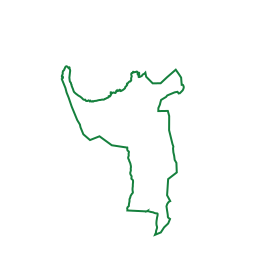 La Toc, Castries, Saint Lucia (Equal Earth projection), rotated 33°
{"feature_id": "8701671B20822148324962", "entity_name": "La Toc", "entity_type": "district", "adm_level": 2, "iso_a3": "LCA", "parent_name": "Saint Lucia", "parent_adm1": "Castries", "projection": "equal_earth", "projection_center": [-61.007, 14.009], "detail": "fine", "context": "isolated", "style": "outline", "palette": "green", "viewbox_px": 256, "rotation_deg": 33, "n_neighbors": 0, "source": "geoboundaries", "source_scale": "gbopen_adm2", "svg_char_len": 5663}
<svg xmlns="http://www.w3.org/2000/svg" viewBox="0 0 256 256"><g transform="rotate(33 128 128)"><path d="M174.0,117.2L163.7,107.5L156.0,95.5L152.1,92.0L144.2,97.3L142.6,94.7L142.0,91.0L141.2,88.8L140.5,86.4L143.0,81.2L143.2,79.3L147.7,72.7L149.8,70.7L150.9,71.1L152.1,71.3L152.5,71.4L152.3,71.4L152.8,69.4L153.2,67.4L153.3,66.9L153.3,66.3L153.3,65.9L153.1,65.0L152.9,64.2L152.6,63.5L152.4,63.2L151.8,62.7L151.4,62.4L150.8,62.0L150.0,62.0L149.8,62.2L149.5,62.5L149.1,62.0L145.1,56.8L141.5,55.2L136.3,53.1L133.1,64.2L131.0,72.7L124.4,77.1L115.3,75.1L112.4,72.1L112.2,73.3L112.1,73.8L111.7,74.3L111.4,74.8L111.2,75.7L111.3,76.4L111.0,77.2L110.5,78.0L110.4,78.2L110.0,78.9L109.6,79.2L109.3,79.4L109.0,79.3L108.9,79.0L108.8,78.6L108.8,78.1L108.7,77.8L108.1,76.9L107.6,76.1L107.3,75.7L107.1,75.7L107.0,75.9L106.9,76.0L106.9,76.3L107.0,76.6L107.4,77.0L107.5,77.3L107.5,77.7L107.3,77.9L107.1,77.9L106.8,77.6L106.3,76.9L105.8,76.4L105.5,76.0L105.0,75.8L104.5,76.0L104.4,76.1L104.0,76.7L103.7,77.0L103.3,77.4L102.9,77.8L102.5,77.8L102.0,77.9L101.7,78.1L101.8,78.3L102.0,78.7L101.9,79.3L101.5,79.6L101.2,79.9L101.2,80.1L101.2,80.6L101.6,81.4L102.2,82.0L102.4,82.1L102.9,82.5L103.1,83.0L103.2,83.6L103.5,84.4L103.8,85.1L104.6,86.0L104.7,86.3L104.7,87.1L104.6,87.7L104.0,88.0L103.7,88.9L103.6,89.4L103.5,90.3L103.3,90.7L103.0,91.2L103.1,91.6L103.2,91.9L103.6,92.1L103.8,92.2L103.8,92.9L103.7,93.9L103.5,94.7L103.4,95.2L103.5,95.5L103.7,95.8L103.8,96.4L103.6,97.1L103.2,98.4L102.8,99.3L102.6,99.7L102.4,100.0L101.9,100.9L101.5,101.2L101.2,101.2L100.5,100.7L100.5,100.4L100.4,100.4L100.2,100.4L100.0,100.6L99.9,101.0L99.9,101.5L99.6,102.2L99.2,102.7L98.9,102.9L98.6,102.9L98.4,102.7L98.2,102.5L98.0,103.0L98.1,103.7L98.2,104.1L98.4,104.7L98.4,105.4L98.1,105.7L97.6,105.8L97.4,105.8L96.7,106.0L96.3,106.4L96.0,107.0L95.6,107.2L95.3,107.2L95.0,107.2L94.6,107.2L94.4,107.3L94.1,107.5L94.3,107.9L94.4,108.0L94.7,108.5L94.9,108.6L95.0,108.5L95.4,108.3L95.5,108.7L95.6,109.4L95.7,110.6L95.6,111.4L95.3,111.7L95.0,111.8L94.7,111.6L94.5,111.9L94.6,112.1L94.9,112.5L94.9,113.0L94.6,113.5L94.3,113.9L94.0,114.3L93.7,114.8L93.3,115.6L93.1,116.0L92.9,116.2L92.7,116.3L92.4,117.2L92.2,117.4L91.9,117.6L91.7,117.8L91.4,117.9L91.3,118.0L91.1,118.1L90.8,118.3L90.4,118.7L89.8,119.3L89.5,119.6L88.9,120.0L88.5,120.4L87.6,121.3L87.1,122.0L86.6,122.4L86.5,122.6L86.3,122.8L86.1,122.9L85.6,123.2L85.5,123.3L85.1,123.7L84.8,124.0L84.6,124.5L84.4,124.7L84.2,124.6L83.9,124.6L83.8,124.9L83.7,125.1L83.1,125.6L82.6,125.7L82.3,125.8L82.2,125.7L81.8,125.6L81.7,126.3L81.6,126.5L81.3,126.5L80.7,126.2L80.4,126.2L79.9,126.3L79.7,126.7L79.3,127.4L79.0,127.6L78.7,127.7L78.6,127.8L78.4,128.0L78.2,128.1L77.4,127.9L76.7,127.6L76.5,127.8L76.3,128.0L75.9,128.1L75.7,128.2L75.5,128.3L75.2,128.4L74.3,128.3L73.2,128.0L72.6,127.9L71.6,127.8L70.5,127.7L69.9,127.8L69.1,127.8L67.8,127.8L67.1,127.7L65.4,127.6L65.0,127.5L63.6,127.3L63.4,127.2L63.0,127.1L62.9,127.0L62.4,126.7L62.0,126.5L61.8,126.3L61.0,125.6L60.9,125.5L59.9,124.8L59.7,124.7L58.6,123.9L57.7,123.3L57.6,123.2L57.4,122.8L57.1,122.5L56.7,122.4L56.3,122.0L55.7,121.5L55.3,121.1L55.0,121.0L54.1,120.8L53.3,120.0L52.7,119.3L51.9,118.3L51.5,117.9L49.4,113.7L48.8,112.5L48.6,112.0L48.2,111.3L47.7,110.8L47.5,110.6L47.3,110.4L46.9,110.2L46.7,110.1L46.5,109.9L46.3,109.6L46.2,109.5L46.1,109.2L45.9,109.1L45.7,109.4L45.7,109.5L45.8,109.7L45.8,110.0L45.6,110.2L45.2,110.0L45.1,109.9L44.9,109.8L44.7,109.7L43.9,109.7L43.5,109.6L43.1,109.7L42.9,109.7L42.7,109.8L42.5,110.1L42.3,110.5L42.3,111.0L42.3,111.5L42.4,111.8L42.5,112.2L42.5,112.5L42.5,112.8L42.6,113.2L42.6,113.4L42.8,113.7L42.8,114.1L42.8,114.4L42.8,114.7L42.7,114.8L42.6,115.1L42.5,115.4L42.7,116.3L42.9,116.9L43.0,117.1L43.4,117.5L43.7,118.1L43.8,118.3L43.8,118.5L43.9,118.8L44.0,119.2L44.0,119.5L44.1,120.1L44.3,120.6L44.5,120.8L44.7,121.0L44.8,120.9L45.0,120.5L45.1,120.4L45.4,120.5L45.6,120.6L45.8,120.8L45.9,121.0L46.1,121.3L46.1,121.5L46.1,121.9L46.0,122.3L46.0,122.5L45.9,122.7L45.8,123.0L53.7,128.5L57.2,131.7L61.6,134.8L69.1,140.7L81.1,149.0L85.8,151.3L87.8,153.3L94.0,157.6L102.7,158.8L108.6,150.5L123.8,151.3L136.2,145.7L136.3,145.6L136.9,145.4L137.5,145.1L138.0,144.8L138.4,145.2L138.7,145.9L139.3,146.7L140.1,147.2L140.7,147.2L141.5,147.3L142.0,147.9L142.3,148.8L142.5,149.2L142.6,149.3L142.9,149.8L143.4,150.4L143.7,150.9L143.9,151.7L144.1,152.5L144.7,153.3L145.6,153.9L146.5,154.4L147.0,155.0L147.9,155.5L149.3,156.5L150.3,157.5L151.2,158.4L151.9,159.4L152.2,160.2L152.5,160.7L153.5,162.0L153.9,163.2L154.2,164.2L154.9,165.2L155.8,165.8L156.7,166.2L157.3,166.5L157.8,167.4L158.3,168.5L158.7,168.8L159.8,168.9L160.7,169.2L161.1,169.8L161.6,170.4L162.2,171.6L162.9,172.9L163.8,174.3L164.5,175.8L165.2,177.0L166.2,178.3L167.1,179.2L167.3,180.0L167.3,180.5L167.1,181.1L167.2,183.6L167.8,185.3L168.0,186.8L169.2,188.7L170.3,191.4L171.2,193.0L170.8,194.8L171.1,195.9L172.2,197.0L172.4,197.5L188.9,187.9L189.3,187.2L189.3,187.5L189.6,187.2L190.4,186.7L191.4,186.4L192.5,186.1L193.5,185.7L194.2,185.4L195.2,185.0L196.3,184.9L197.6,184.5L198.5,184.0L198.9,183.8L199.2,183.7L199.5,183.8L200.1,184.6L200.6,185.7L201.1,187.2L201.7,188.5L202.5,190.3L203.2,191.6L203.8,192.6L204.5,193.5L204.9,194.0L205.4,194.4L205.9,194.8L206.3,195.3L206.7,195.8L207.0,196.7L207.2,197.5L207.4,198.2L207.6,199.0L208.1,200.0L208.5,200.7L208.6,201.7L208.7,202.4L208.8,202.9L212.4,197.7L212.4,191.7L213.7,186.2L212.8,181.4L210.6,181.3L209.8,180.8L208.9,179.5L206.8,177.1L205.7,175.9L202.9,172.7L202.3,170.4L202.3,168.4L202.7,167.1L203.2,166.3L197.4,163.1L189.5,149.0L193.1,138.7L187.6,130.9L184.5,129.3L181.8,126.1L179.3,123.7L176.9,120.6L176.1,118.8L174.0,117.2Z" fill="none" stroke="#15803d" stroke-width="2"/></g></svg>